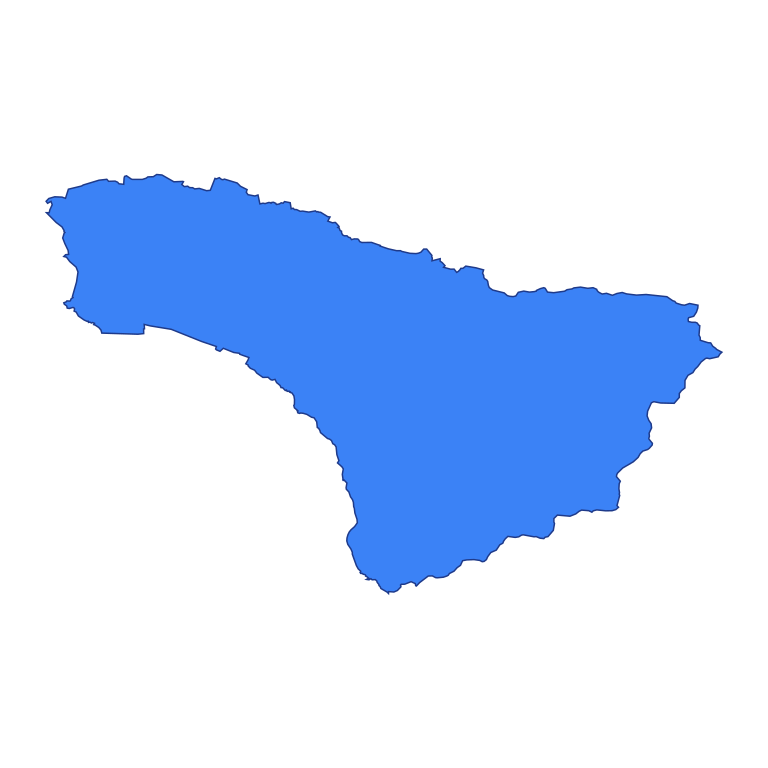 the district of Negresti-Oas, Satu Mare, Romania
{"feature_id": "2599482B36847212141623", "entity_name": "Negresti-Oas", "entity_type": "district", "adm_level": 2, "iso_a3": "ROU", "parent_name": "Romania", "parent_adm1": "Satu Mare", "projection": "equal_earth", "projection_center": [23.479, 47.842], "detail": "fine", "context": "isolated", "style": "filled", "palette": "blue", "viewbox_px": 768, "rotation_deg": 0, "n_neighbors": 0, "source": "geoboundaries", "source_scale": "gbopen_adm2", "svg_char_len": 6071}
<svg xmlns="http://www.w3.org/2000/svg" viewBox="0 0 768 768"><path d="M263.0,203.2L259.9,203.9L258.0,195.0L254.9,196.0L248.0,194.7L246.3,192.3L247.1,189.6L240.5,186.3L237.2,183.0L224.4,179.1L222.9,179.7L221.5,179.4L219.3,177.7L216.3,178.9L215.0,178.4L210.3,190.3L206.6,190.7L199.3,188.4L194.7,188.9L192.7,187.7L189.6,187.6L187.7,186.2L184.3,186.6L181.8,184.5L183.5,181.7L182.9,181.4L173.9,181.8L162.0,175.0L156.7,174.5L153.3,176.7L147.9,176.9L146.1,178.2L142.4,179.4L132.5,179.4L131.5,179.2L126.5,175.8L124.6,176.4L124.1,178.0L123.7,184.3L119.0,183.8L117.6,182.2L115.1,181.1L108.6,181.3L106.8,179.3L99.0,180.2L83.2,185.0L81.6,186.0L68.4,189.2L65.5,198.3L62.0,197.1L54.7,196.8L48.8,198.5L46.1,201.3L47.6,203.3L51.0,201.4L52.2,204.7L49.8,210.0L49.2,212.7L46.5,212.7L56.2,222.5L62.0,226.9L64.1,230.6L64.0,231.7L64.9,232.5L64.1,233.3L62.7,238.0L64.8,243.5L68.1,250.4L68.6,254.4L65.6,254.7L63.8,256.5L66.5,257.2L69.8,261.6L76.1,267.1L78.0,272.0L76.5,282.1L72.4,296.6L73.0,297.6L71.3,298.5L70.4,300.6L69.8,301.1L66.9,300.9L66.1,301.9L63.8,302.8L64.3,304.2L66.7,305.9L67.2,308.1L69.3,308.5L72.7,307.5L73.7,307.6L74.6,308.8L74.1,311.1L76.1,312.0L78.4,316.0L84.1,320.0L87.0,321.3L88.3,321.3L88.5,322.4L89.9,322.1L91.4,323.0L92.4,322.5L94.5,323.3L93.7,324.6L95.2,325.1L98.8,327.5L101.0,330.1L101.8,333.1L137.9,334.2L143.7,333.6L143.6,329.0L144.5,328.8L144.2,324.4L150.3,325.9L171.2,329.3L201.7,341.5L216.4,346.5L215.6,349.0L216.5,349.9L220.0,351.3L223.3,348.3L233.8,352.5L239.5,353.3L239.8,354.3L248.9,357.5L248.0,360.0L245.8,363.8L248.1,365.0L248.2,366.0L250.4,368.3L254.6,370.2L256.8,373.1L262.9,377.4L268.1,377.3L270.6,379.6L272.2,380.1L275.0,379.4L276.6,382.6L280.1,385.5L281.0,387.6L282.6,387.7L285.3,390.5L286.5,390.1L287.1,391.3L289.3,391.3L289.6,392.1L290.4,391.9L290.7,392.6L292.0,393.0L293.9,395.9L294.5,399.5L294.4,404.4L293.8,405.4L294.4,407.8L297.2,410.2L297.1,410.6L298.0,411.0L297.5,411.9L297.9,412.9L299.7,413.4L300.6,413.0L303.2,413.3L306.9,414.4L311.5,417.2L314.1,417.8L316.7,421.8L317.3,427.5L318.6,428.3L319.9,430.5L320.5,432.6L327.5,438.5L329.7,439.2L331.5,440.6L332.8,443.7L334.6,444.7L336.1,446.9L336.9,454.7L338.9,460.7L337.5,462.9L341.9,466.8L343.3,468.9L342.3,474.4L343.0,479.2L342.8,479.9L343.2,480.4L343.9,479.9L346.9,483.0L346.1,487.6L346.3,489.2L348.9,492.0L350.5,496.8L352.5,499.7L353.4,502.4L353.7,506.7L354.3,508.2L354.9,513.0L357.0,519.3L357.3,522.8L354.6,526.6L351.0,529.8L349.3,531.9L347.9,534.8L347.0,538.0L346.8,540.9L347.8,544.4L350.9,549.0L352.3,552.2L352.3,554.2L356.4,565.6L358.3,569.0L360.7,571.2L360.6,571.9L360.1,572.4L360.7,573.4L362.4,573.5L363.1,574.2L365.1,574.7L365.7,575.3L365.6,576.1L366.5,576.4L368.7,578.2L366.5,579.4L369.0,579.8L370.9,578.7L372.1,579.8L375.3,579.6L376.8,581.0L377.2,582.4L378.9,584.5L379.0,585.6L380.1,586.5L380.9,588.5L387.1,592.1L388.5,593.5L388.6,591.6L393.9,592.0L397.4,590.5L400.8,587.0L400.9,586.1L400.5,585.1L401.2,584.3L404.7,584.2L411.1,581.7L415.3,583.6L415.7,585.7L416.4,586.0L419.6,582.6L428.3,576.0L432.4,575.9L435.5,577.6L437.2,577.8L443.4,577.2L446.9,576.0L448.3,575.2L449.4,573.5L454.0,571.2L457.2,567.6L460.5,565.3L462.6,560.7L466.7,559.9L474.0,559.6L479.7,560.4L482.2,561.7L484.1,561.4L486.4,559.6L487.7,556.7L490.8,552.5L496.3,550.1L499.8,544.8L502.8,543.2L503.7,541.0L505.3,538.8L507.9,536.4L515.2,537.4L518.8,536.8L521.4,535.2L523.1,534.8L534.0,536.8L536.2,536.6L540.1,538.2L543.8,538.6L545.1,537.2L548.0,536.6L553.3,530.4L554.5,523.5L553.9,522.1L553.9,518.5L557.4,515.1L570.0,516.2L575.8,513.9L579.1,511.3L581.6,510.1L588.8,510.7L591.9,512.2L593.3,510.8L596.8,509.9L605.6,510.8L612.1,510.7L615.8,509.6L618.5,507.3L617.0,505.6L619.7,495.4L619.2,494.2L619.5,492.5L618.9,488.8L619.2,483.7L620.3,481.2L616.5,476.7L616.7,474.7L617.7,472.9L622.7,468.0L633.3,461.8L638.1,457.4L640.2,453.7L642.8,451.1L647.7,449.5L649.3,448.3L652.2,445.0L652.4,443.3L649.1,439.3L648.8,438.4L649.4,436.3L649.1,433.2L651.6,427.9L651.1,423.7L648.8,420.3L647.1,415.9L647.6,411.2L651.4,402.8L653.8,401.7L660.7,403.0L674.2,403.3L679.3,397.4L679.3,393.5L681.4,390.7L684.9,387.9L685.0,380.4L688.0,375.3L692.9,372.6L695.1,369.1L697.7,366.6L701.2,361.9L705.5,358.5L706.9,358.1L709.7,358.7L718.2,356.8L719.8,354.2L721.9,352.2L716.4,349.3L715.9,348.5L712.7,346.2L710.7,342.9L708.1,342.7L700.3,340.3L700.2,337.5L699.0,335.1L699.8,325.7L698.7,325.1L697.2,323.0L695.4,322.3L691.8,322.3L688.4,321.5L688.1,319.2L688.6,317.7L693.7,316.3L696.4,312.2L697.8,308.1L698.0,305.2L689.6,303.5L684.6,305.2L681.6,304.8L676.2,303.1L674.8,301.4L672.7,300.7L666.9,296.7L646.1,294.5L636.5,295.1L626.6,293.9L622.2,292.5L616.9,293.5L612.4,295.3L606.5,293.3L602.3,294.0L601.1,293.5L598.4,292.0L597.1,290.5L596.7,289.3L593.1,287.7L587.8,288.3L580.5,287.1L573.9,287.9L572.0,288.9L567.0,289.7L564.6,291.2L553.7,292.7L547.5,292.1L545.2,288.3L543.8,287.7L540.4,288.6L536.5,290.4L536.3,291.1L534.3,291.6L529.4,292.1L523.8,291.1L518.3,292.3L515.8,296.0L513.1,296.6L509.7,296.3L507.3,295.6L504.2,292.9L492.6,290.0L489.3,287.6L488.4,285.4L487.7,281.4L486.8,280.0L484.5,278.6L483.8,277.3L483.7,275.6L482.6,273.2L483.6,269.9L475.9,267.8L465.8,266.1L463.0,268.3L460.7,268.4L460.2,269.5L458.2,271.5L456.7,272.4L454.1,269.1L450.7,269.2L443.6,267.3L445.0,265.7L442.3,262.7L440.1,261.1L440.2,258.7L432.0,260.8L432.3,258.0L431.7,256.8L431.9,255.4L426.7,249.1L423.7,249.1L420.9,252.2L418.4,253.2L416.0,253.6L409.9,253.3L401.7,251.4L400.6,250.7L396.6,250.7L388.2,248.8L380.1,246.1L380.3,245.5L371.5,242.4L361.8,242.5L359.7,241.6L358.7,239.8L357.8,239.0L354.3,238.9L351.5,239.6L350.1,237.6L348.5,237.3L347.0,235.8L344.3,235.8L342.6,234.9L341.6,232.9L341.5,231.2L340.1,230.5L339.1,227.8L337.9,227.5L339.0,226.4L336.3,223.3L335.2,222.4L332.5,222.8L327.8,221.1L330.0,217.0L327.6,216.6L320.7,212.3L318.5,212.1L317.9,211.6L316.7,211.9L315.4,210.9L308.8,212.1L302.7,211.1L300.2,211.3L296.6,209.6L294.4,209.5L293.1,208.2L291.2,208.8L290.2,202.7L284.5,201.6L283.1,203.2L281.2,202.8L279.5,203.9L276.6,204.5L276.2,204.3L275.9,203.4L273.6,202.3L271.8,202.4L271.0,203.2L270.2,202.6L268.7,202.5L265.1,203.6L263.0,203.2Z" fill="#3b82f6" stroke="#1e3a8a" stroke-width="1.5"/></svg>